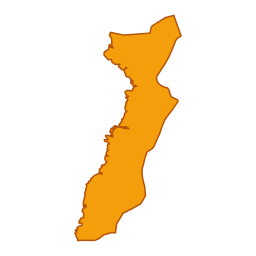 outline of Kanifay, Federated States of Micronesia
{"feature_id": "79324940B58732194011753", "entity_name": "Kanifay", "entity_type": "district", "adm_level": 2, "iso_a3": "FSM", "parent_name": "Federated States of Micronesia", "parent_adm1": "", "projection": "albers", "projection_center": [138.063, 9.479], "detail": "fine", "context": "isolated", "style": "filled", "palette": "amber", "viewbox_px": 256, "rotation_deg": 0, "n_neighbors": 0, "source": "geoboundaries", "source_scale": "gbopen_adm2", "svg_char_len": 5123}
<svg xmlns="http://www.w3.org/2000/svg" viewBox="0 0 256 256"><path d="M173.8,15.4L165.4,17.6L153.2,25.2L151.4,26.8L149.9,33.1L123.8,35.1L110.4,32.4L110.1,33.0L110.5,34.1L109.5,34.9L109.5,35.7L111.0,37.3L111.6,39.3L111.8,41.8L111.8,43.1L112.0,43.8L109.9,44.7L108.9,45.3L108.9,46.0L109.4,46.3L110.5,46.1L111.9,45.8L112.4,46.4L112.8,47.2L112.8,47.9L112.0,47.5L111.5,47.1L110.2,47.1L109.5,47.3L108.7,47.8L108.8,48.3L108.6,49.3L107.3,50.1L105.6,51.0L104.3,52.2L104.0,53.8L104.2,55.2L105.3,56.5L106.8,58.0L107.7,59.4L108.9,59.9L109.6,59.7L110.5,59.5L110.8,59.5L111.3,59.6L111.6,60.2L111.7,61.3L112.4,62.6L113.5,63.2L114.0,63.3L114.4,64.1L115.0,64.5L115.6,64.4L116.3,64.2L117.6,64.4L118.6,64.5L119.3,64.2L119.8,64.3L119.2,64.9L118.7,65.7L118.8,66.7L119.2,67.6L119.9,67.7L120.6,67.9L121.0,68.4L121.1,69.1L121.6,69.6L122.4,69.8L122.6,69.8L123.5,69.6L124.4,69.3L124.9,68.9L125.7,67.6L126.0,67.9L126.6,68.0L125.9,68.4L125.0,69.3L124.0,70.1L124.1,70.8L124.1,71.0L124.7,72.6L125.5,73.9L125.7,75.6L126.4,76.2L127.4,77.0L128.3,77.0L128.8,77.1L129.4,77.4L129.9,77.9L130.4,79.0L131.3,79.4L132.2,80.4L133.0,81.1L132.9,81.8L132.4,81.5L131.7,80.9L130.9,80.8L130.7,81.5L130.7,82.5L131.0,83.4L131.7,83.9L132.3,83.8L132.9,83.0L133.2,83.9L133.1,84.8L133.0,86.0L133.4,86.4L134.6,85.9L135.3,85.3L135.8,85.8L136.4,86.3L135.3,86.6L133.8,87.0L133.4,87.9L132.7,88.8L132.5,90.3L131.9,90.9L130.3,90.7L127.8,90.3L127.2,90.5L126.0,91.0L125.1,91.9L125.1,93.0L125.6,93.4L125.9,94.4L126.8,95.9L127.9,96.0L128.2,96.0L128.5,96.3L127.8,97.2L127.1,97.5L126.0,97.2L125.6,97.3L125.9,97.8L127.1,98.5L127.8,99.8L127.4,100.5L126.6,101.0L126.6,101.9L126.7,102.6L125.9,102.9L125.8,103.9L126.0,104.8L125.4,105.5L125.1,107.2L125.2,109.3L125.8,110.8L126.7,111.6L125.8,112.0L124.9,113.1L124.4,114.5L124.3,116.0L123.7,116.9L123.4,118.6L122.8,118.7L122.0,118.8L121.9,119.8L121.9,121.3L121.0,122.0L120.3,123.5L119.4,124.1L118.8,125.0L119.3,126.1L120.3,126.5L121.4,126.6L122.5,127.2L123.2,127.2L124.3,126.9L125.3,126.5L125.8,126.7L125.4,127.1L125.8,127.5L127.1,127.7L128.2,128.0L128.6,128.6L127.3,128.6L124.9,128.3L122.8,127.9L122.1,127.7L121.5,127.4L120.9,127.0L120.2,127.1L119.5,127.1L118.7,126.9L118.1,126.7L117.7,127.0L117.3,126.7L116.7,126.3L115.9,126.0L115.8,126.5L116.1,127.7L115.6,128.1L115.1,127.6L115.1,126.6L115.3,125.9L114.5,126.0L113.6,126.5L113.2,127.3L113.7,128.4L114.2,129.1L113.8,129.9L113.4,130.8L113.2,130.6L113.2,129.1L113.0,128.4L112.1,128.2L111.3,128.4L110.9,129.1L110.7,130.3L109.9,131.5L110.2,132.4L111.2,132.2L112.0,132.0L112.3,132.2L112.0,132.9L112.6,133.8L112.4,134.2L111.6,134.3L110.9,134.2L110.7,134.9L111.1,135.3L112.2,135.4L112.8,135.8L113.0,136.8L112.1,136.8L110.8,136.4L107.8,135.3L105.7,135.5L105.5,136.0L106.5,137.2L106.9,137.9L107.7,138.4L108.2,139.6L107.9,139.9L106.2,139.5L104.6,139.6L104.3,140.5L104.8,141.3L106.1,141.6L109.3,143.4L109.5,144.0L108.4,144.0L107.4,145.4L107.6,147.1L107.6,148.4L107.0,149.2L107.4,149.7L108.0,150.4L107.5,151.2L107.0,151.3L106.5,152.1L106.3,153.5L106.0,154.3L106.8,155.2L108.1,155.7L108.0,155.8L107.9,156.4L106.7,156.2L106.4,156.2L106.0,156.1L105.3,156.0L105.0,157.4L105.0,159.5L105.8,161.1L106.7,161.8L106.9,161.9L106.2,162.9L105.5,163.4L104.8,164.4L104.4,165.0L103.4,164.6L102.3,165.1L101.5,165.8L102.1,166.2L101.5,166.8L101.5,167.7L100.8,167.9L99.5,169.3L99.3,170.7L99.4,172.0L100.2,172.6L101.2,172.6L101.5,172.6L102.2,173.4L101.9,174.2L101.3,174.0L100.8,173.9L99.4,173.4L98.5,173.3L97.4,174.2L96.0,174.8L94.5,175.5L93.7,176.1L92.9,176.9L92.3,177.8L91.4,178.1L90.7,178.8L90.8,180.1L90.5,180.7L90.2,181.1L88.8,181.1L88.3,182.0L88.6,182.5L88.7,183.0L88.2,183.3L86.8,183.8L86.1,184.5L86.8,185.8L86.6,186.7L86.0,188.4L85.9,190.1L85.4,191.2L84.6,193.8L85.0,194.4L85.1,195.2L84.5,197.3L83.9,199.9L83.2,203.7L83.6,204.3L83.4,206.1L83.7,207.4L84.5,207.2L84.8,206.4L84.4,204.9L85.1,204.5L86.0,205.4L86.1,206.8L85.3,207.6L84.3,207.9L82.9,208.9L82.8,209.1L82.3,210.0L82.3,211.5L82.9,211.9L83.3,212.6L83.7,213.3L83.5,214.2L83.8,215.0L83.5,216.0L83.3,216.3L83.7,217.2L83.5,217.6L83.4,217.7L82.8,217.9L81.4,218.0L80.6,218.5L79.7,220.8L79.0,221.5L79.0,222.9L79.9,223.5L81.3,222.9L82.0,223.6L82.1,224.8L81.1,225.7L80.7,225.8L79.1,226.2L77.4,227.2L77.0,228.1L77.4,229.1L77.6,229.5L77.2,230.0L76.7,229.9L76.1,229.8L75.3,230.4L75.9,231.4L76.7,231.9L75.8,232.7L75.0,233.3L75.4,233.9L76.0,234.2L76.1,236.1L76.9,238.0L77.1,238.2L77.8,239.1L77.6,240.0L77.9,240.6L78.8,240.6L80.1,240.3L94.6,240.4L98.7,238.8L103.9,234.8L110.3,232.9L115.5,232.7L116.1,227.7L116.6,224.3L117.0,223.2L121.4,216.0L123.0,213.2L131.3,209.1L138.7,204.9L140.8,203.7L145.0,196.6L145.4,195.0L144.6,186.1L143.8,183.6L142.8,179.2L142.1,174.9L142.0,171.3L142.3,168.2L143.5,164.0L144.8,158.5L146.2,154.4L146.9,152.2L147.7,151.5L150.4,149.9L152.9,148.0L154.2,145.8L159.7,133.5L161.7,127.6L163.0,124.1L164.1,121.4L166.1,117.9L171.7,110.6L175.7,104.8L177.8,101.7L177.9,100.4L176.9,99.5L175.6,98.9L171.3,96.8L170.1,94.2L168.9,89.9L167.6,88.0L164.1,87.0L160.8,85.4L158.1,83.1L156.8,80.2L156.4,77.0L162.6,67.4L165.0,63.8L167.0,60.3L169.2,56.1L170.8,52.6L171.9,50.1L175.8,40.4L176.9,38.8L181.0,35.9L173.8,15.4Z" fill="#f59e0b" stroke="#b45309" stroke-width="1.5"/></svg>